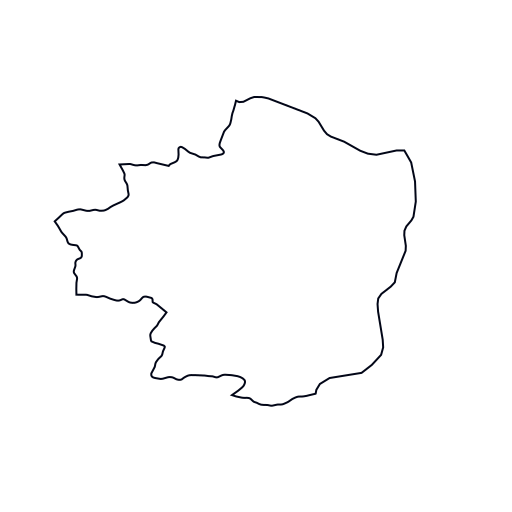 map outline of Pirotski (Albers equal-area conic projection), rotated 336°
{"feature_id": "SRB-121", "entity_name": "Pirotski", "entity_type": "District", "adm_level": 1, "iso_a3": "SRB", "parent_name": "Republic of Serbia", "parent_adm1": "", "projection": "albers", "projection_center": [22.387, 43.137], "detail": "fine", "context": "isolated", "style": "outline", "palette": "ink", "viewbox_px": 512, "rotation_deg": 336, "n_neighbors": 0, "source": "natural_earth", "source_scale": "10m", "svg_char_len": 4621}
<svg xmlns="http://www.w3.org/2000/svg" viewBox="0 0 512 512"><g transform="rotate(336 256 256)"><path d="M300.9,106.0L303.3,108.6L307.2,110.0L315.0,109.6L319.0,110.0L325.8,113.1L327.9,114.5L331.4,117.1L361.0,146.7L366.3,154.3L367.8,158.8L369.1,169.1L370.4,173.6L373.0,177.4L383.0,187.4L394.0,202.2L399.8,208.0L407.2,212.5L427.5,216.8L434.4,219.9L435.1,226.5L435.8,233.7L431.6,252.6L424.1,271.3L415.8,284.2L412.4,286.7L405.4,290.1L401.9,293.3L399.9,297.3L397.0,307.7L394.8,312.1L377.6,328.7L372.1,336.5L366.6,338.8L355.2,341.6L350.4,344.5L347.5,349.3L344.9,356.5L337.7,384.0L335.3,390.4L335.0,391.2L330.1,397.2L317.5,402.6L304.9,405.7L273.6,397.4L262.3,398.9L256.7,402.8L254.5,406.0L254.2,406.0L247.4,404.7L245.5,404.4L242.4,403.6L240.9,403.1L237.6,401.7L236.0,401.4L234.4,401.3L231.1,401.4L226.3,402.3L224.7,402.4L221.6,402.4L220.0,402.3L218.6,401.9L215.3,400.5L214.1,400.2L210.2,399.4L209.3,399.1L208.4,398.6L206.2,397.0L205.3,396.5L202.5,395.2L200.2,393.9L198.6,392.4L197.0,390.4L194.9,388.5L194.3,387.5L192.9,384.2L192.2,383.3L191.6,382.8L190.1,381.9L187.5,380.8L186.2,380.1L185.1,379.4L180.7,376.2L177.5,373.3L184.9,371.8L189.6,370.5L191.6,369.7L192.7,368.9L193.7,368.0L194.5,367.0L195.0,365.9L195.1,364.9L194.7,363.8L194.2,362.6L193.5,361.6L192.4,360.2L190.3,358.3L185.8,355.3L184.6,354.6L179.5,351.9L178.4,351.5L177.2,351.2L175.9,351.1L172.6,351.2L171.9,351.2L170.7,350.9L169.6,350.2L167.4,348.3L163.8,346.4L160.6,344.4L152.4,340.3L148.5,338.5L146.8,337.9L145.2,337.6L143.6,337.6L142.0,337.7L140.4,337.9L138.0,338.5L136.8,338.4L135.7,338.0L134.6,337.4L133.1,336.2L131.2,333.8L130.3,332.9L129.1,332.1L127.5,331.3L126.0,330.9L121.0,330.2L119.0,329.6L117.9,328.9L114.6,326.7L113.4,325.8L112.5,324.9L111.9,323.8L111.8,322.7L112.1,321.7L112.6,320.7L118.3,316.2L119.1,315.2L120.1,313.7L120.9,312.8L121.6,312.2L124.4,310.6L125.5,310.1L128.7,309.0L129.4,308.6L130.3,307.8L132.2,305.3L135.1,302.7L135.6,302.1L135.8,301.6L135.7,301.2L135.3,300.3L131.1,296.4L128.4,294.3L125.8,291.5L125.7,290.5L126.9,286.1L127.3,285.1L127.9,284.3L128.6,283.6L131.0,282.0L133.8,280.7L137.0,279.5L138.2,278.7L140.3,277.0L147.1,273.5L151.3,271.1L145.6,259.7L144.8,258.7L143.4,257.1L142.9,256.3L142.9,255.9L143.8,253.6L143.8,252.6L143.4,251.8L142.8,251.3L140.2,249.2L139.1,248.4L138.0,247.9L136.8,247.6L136.2,247.6L134.9,248.0L132.3,249.2L130.7,249.6L129.1,249.7L127.4,249.6L125.9,249.3L124.2,248.6L122.5,247.6L121.4,246.7L120.5,245.6L118.2,242.3L117.5,241.6L116.8,241.3L116.0,241.2L114.5,241.2L113.3,241.1L112.4,240.9L111.5,240.5L110.4,239.9L108.3,238.2L105.4,235.6L102.5,232.4L101.1,231.1L100.3,230.6L99.4,230.2L95.7,229.4L94.4,229.0L93.3,228.5L89.5,226.0L85.9,222.8L85.0,222.3L76.2,218.3L78.5,212.9L81.1,207.4L83.3,204.0L83.7,202.9L83.8,201.8L82.9,197.7L83.0,196.6L83.4,195.7L84.1,194.8L86.2,192.6L86.9,191.8L87.4,190.9L88.1,188.9L88.5,188.3L89.3,187.4L90.7,186.6L91.8,186.4L94.5,186.5L95.2,186.4L95.9,186.1L96.7,185.4L97.2,184.5L98.1,182.4L98.3,181.4L98.3,180.9L97.5,178.8L97.4,178.1L97.2,175.4L97.1,174.6L96.9,173.9L96.1,173.1L93.1,171.3L91.5,170.2L90.6,169.3L89.9,168.3L89.7,167.2L89.7,166.1L90.1,163.2L90.1,162.0L89.9,160.8L88.4,156.3L88.0,154.8L87.3,148.1L86.2,142.5L91.3,140.8L95.8,139.2L97.6,138.7L98.8,138.7L99.6,138.8L103.0,139.4L107.3,140.4L111.3,140.9L112.6,141.2L114.5,141.9L115.6,142.7L119.3,145.6L120.5,146.3L122.4,147.1L126.2,147.8L128.0,148.4L129.1,149.1L131.5,151.0L132.3,151.4L134.8,152.4L136.1,152.7L137.3,152.8L140.0,152.7L143.0,152.1L146.2,151.8L154.6,151.7L156.3,151.6L157.9,151.4L162.0,150.2L162.9,149.8L163.7,149.2L164.4,148.5L164.8,147.6L165.6,144.0L167.1,139.6L167.3,138.4L167.3,137.2L166.9,134.3L166.9,133.2L167.1,132.0L167.6,130.8L168.9,128.6L169.2,127.8L169.3,126.9L169.2,123.8L168.6,116.9L177.9,120.5L178.8,121.0L181.0,122.9L182.5,124.0L184.3,124.9L187.9,126.0L192.0,128.1L193.9,128.5L195.0,128.5L197.5,128.1L198.6,128.1L200.3,128.7L201.1,129.1L203.3,130.9L212.9,138.2L213.4,137.9L214.4,137.4L215.7,137.2L219.6,137.3L221.0,137.2L221.9,137.0L222.8,136.7L223.8,135.9L225.0,134.5L226.5,131.9L228.5,126.9L229.1,126.1L229.7,125.8L230.3,125.6L231.4,125.6L232.0,125.9L232.6,126.4L233.7,127.9L234.7,129.4L236.6,133.2L237.7,134.9L241.9,138.7L244.2,141.9L245.7,143.4L249.1,145.0L251.8,146.6L252.6,146.9L256.9,147.2L258.1,147.4L265.4,149.1L266.6,149.2L267.4,149.1L268.1,148.9L268.8,148.2L269.0,147.6L269.0,146.8L268.8,145.7L267.6,142.3L267.4,141.5L267.5,140.4L268.1,139.1L269.0,137.9L271.3,135.5L277.4,129.4L279.1,128.4L284.0,126.3L284.9,125.8L285.9,125.0L286.8,124.0L289.0,121.1L290.8,118.3L292.6,115.9L294.6,113.8L297.6,110.2L298.0,109.8L300.9,106.0L300.9,106.0Z" fill="none" stroke="#020617" stroke-width="2"/></g></svg>